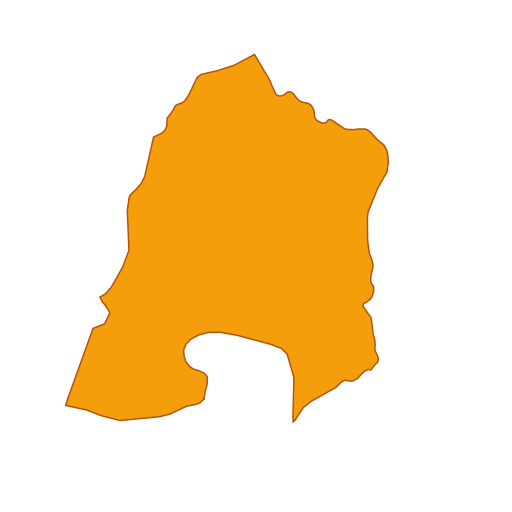 map outline of Batdâmbâng (Albers equal-area conic projection), rotated 285°
{"feature_id": "KHM-1778", "entity_name": "Batdâmbâng", "entity_type": "Province", "adm_level": 1, "iso_a3": "KHM", "parent_name": "Cambodia", "parent_adm1": "", "projection": "albers", "projection_center": [103.119, 12.947], "detail": "fine", "context": "isolated", "style": "filled", "palette": "amber", "viewbox_px": 512, "rotation_deg": 285, "n_neighbors": 0, "source": "natural_earth", "source_scale": "10m", "svg_char_len": 2367}
<svg xmlns="http://www.w3.org/2000/svg" viewBox="0 0 512 512"><g transform="rotate(285 256 256)"><path d="M175.8,396.6L175.4,393.7L172.4,390.2L163.9,385.7L160.3,381.8L159.6,379.7L159.2,375.1L158.2,372.9L156.4,371.1L149.8,367.2L129.8,346.8L122.0,341.0L107.0,336.0L105.5,334.8L111.1,333.1L148.7,324.0L169.5,311.3L173.3,304.4L174.5,293.1L174.5,258.1L173.1,241.7L170.0,230.1L165.0,221.2L158.7,214.5L152.5,211.1L146.2,210.5L140.7,212.4L135.4,215.9L131.8,221.0L130.5,225.5L130.4,230.7L129.4,236.4L127.0,239.9L122.6,241.5L119.1,242.0L111.1,242.0L104.2,242.9L104.2,242.6L99.7,239.9L97.1,236.4L93.0,227.9L81.1,213.8L75.9,204.7L62.2,168.0L61.9,167.3L61.7,148.4L63.4,132.0L62.4,111.6L62.4,110.9L69.6,111.1L144.0,117.4L151.2,127.2L161.5,129.3L163.7,129.3L169.5,123.0L171.7,119.8L175.9,115.8L180.3,120.2L188.6,124.4L211.2,130.2L228.6,131.8L232.4,130.6L267.1,119.8L280.3,118.3L283.5,119.3L289.3,122.9L296.3,126.3L304.2,127.9L344.4,126.3L349.5,132.5L351.5,134.1L353.7,135.4L357.7,136.2L366.3,134.6L375.2,138.2L379.2,138.9L380.5,139.5L381.8,140.6L384.8,144.9L386.6,146.4L388.8,147.6L392.7,149.0L413.7,153.1L417.5,156.4L424.6,170.0L434.6,185.5L450.3,202.4L429.9,223.2L419.2,231.6L418.0,232.8L416.9,234.3L416.5,236.4L417.1,239.0L418.5,240.9L419.5,241.9L421.2,243.0L422.7,244.3L423.4,246.5L422.8,249.3L418.2,255.8L416.9,258.3L416.6,261.5L416.6,263.2L417.0,265.4L416.8,267.5L416.1,269.8L413.9,272.3L412.2,273.7L410.5,274.7L405.2,276.9L404.3,277.6L403.0,279.1L402.1,281.6L401.6,285.3L402.3,287.8L403.5,289.4L405.5,290.2L406.1,290.6L406.5,291.1L406.8,291.8L407.0,292.7L407.0,293.2L406.8,294.2L401.7,308.9L401.9,310.9L403.4,318.0L405.1,321.7L406.9,328.6L406.9,329.6L406.8,330.8L405.0,335.0L399.6,343.3L399.1,344.7L398.9,345.2L396.5,350.5L394.7,352.5L392.2,354.7L387.9,357.1L380.2,359.7L371.0,360.7L352.8,356.0L327.4,352.9L322.0,353.6L299.9,359.8L288.3,364.6L282.4,368.8L277.7,371.3L274.8,371.9L267.3,372.0L262.2,373.1L260.1,374.1L259.0,374.8L258.0,376.4L257.4,377.1L256.2,377.7L254.3,378.4L251.7,378.8L249.6,378.8L247.8,378.6L246.3,378.4L243.2,377.2L239.6,374.1L238.1,372.4L237.5,372.1L236.0,372.2L235.0,372.6L229.9,378.6L226.9,382.5L224.9,383.7L210.7,389.5L205.8,392.4L201.9,393.8L199.2,394.5L196.8,394.8L194.8,396.0L190.0,400.0L188.2,400.9L186.5,401.1L185.4,400.9L184.3,400.7L183.7,400.3L183.3,400.1L182.2,399.1L175.8,396.6Z" fill="#f59e0b" stroke="#b45309" stroke-width="1.5"/></g></svg>